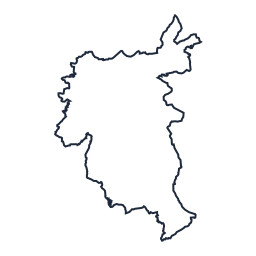 Lashio, Shan, Myanmar
{"feature_id": "60261553B9019752921327", "entity_name": "Lashio", "entity_type": "district", "adm_level": 2, "iso_a3": "MMR", "parent_name": "Myanmar", "parent_adm1": "Shan", "projection": "orthographic", "projection_center": [98.2, 22.767], "detail": "fine", "context": "isolated", "style": "outline", "palette": "slate", "viewbox_px": 256, "rotation_deg": 0, "n_neighbors": 0, "source": "geoboundaries", "source_scale": "gbopen_adm2", "svg_char_len": 5740}
<svg xmlns="http://www.w3.org/2000/svg" viewBox="0 0 256 256"><path d="M71.1,63.0L70.8,64.5L71.9,66.6L74.1,66.9L73.7,71.9L74.5,73.1L75.5,73.5L75.5,74.1L73.7,74.8L74.2,76.1L73.5,76.8L72.1,76.6L72.9,74.8L72.8,74.4L71.6,74.5L70.3,75.1L69.8,76.9L67.2,76.4L66.1,76.7L65.1,77.4L63.3,77.5L61.8,78.4L61.8,78.9L62.8,79.8L64.7,80.3L65.6,82.7L67.5,83.1L67.9,82.7L69.1,83.6L69.3,87.9L69.0,88.4L67.2,88.1L64.2,89.2L63.6,93.5L62.5,93.8L60.5,93.2L58.5,93.3L58.5,95.0L59.0,96.6L59.9,97.4L61.5,97.9L62.3,99.0L61.4,100.2L61.5,101.0L62.3,101.5L64.7,101.6L67.2,99.4L69.7,100.9L68.6,101.1L68.5,102.0L68.0,102.5L68.2,103.1L68.5,102.8L68.9,103.1L69.0,103.7L67.7,103.6L68.0,105.3L67.1,105.4L66.5,106.3L67.3,107.0L65.9,107.3L66.3,108.4L65.5,108.6L65.5,109.5L66.4,109.4L66.7,110.0L65.7,110.7L65.7,111.3L64.6,111.4L64.8,110.8L64.2,110.8L63.7,110.9L63.9,111.4L63.7,111.7L63.2,111.7L63.8,112.6L64.9,113.3L65.4,114.4L65.3,115.7L66.0,116.5L63.1,119.3L61.6,121.5L60.9,121.7L59.1,123.8L57.2,125.1L57.3,126.4L59.0,127.1L58.9,127.6L58.6,128.5L57.2,129.9L56.3,131.6L55.5,132.0L55.9,132.7L55.1,134.1L56.4,135.5L57.5,135.8L59.5,137.2L61.1,137.4L62.0,138.0L61.9,141.3L63.1,141.6L64.1,145.2L65.4,146.5L68.7,145.5L69.9,145.5L70.3,144.4L71.0,144.3L76.4,144.2L77.3,144.5L77.4,144.9L78.5,144.1L78.7,144.5L79.5,144.1L81.3,141.5L81.7,141.6L81.7,140.8L82.5,140.9L85.2,138.3L86.2,138.2L85.8,137.2L86.4,136.5L86.6,135.3L86.2,134.6L86.9,133.5L87.9,133.1L88.2,134.3L90.7,135.3L91.5,136.0L91.7,136.5L91.3,137.2L91.5,139.1L91.1,141.4L90.3,141.5L90.5,143.1L89.2,145.2L89.1,147.7L85.4,154.7L85.8,157.5L86.6,158.0L86.5,159.5L85.7,161.0L86.1,162.7L85.5,163.5L85.4,165.3L86.4,167.3L87.3,171.3L87.0,172.1L87.3,173.8L86.9,174.8L86.9,177.0L87.2,177.7L91.5,179.5L93.7,180.9L96.3,181.0L98.8,182.9L100.1,182.8L101.0,182.0L101.5,182.2L102.2,184.3L102.1,185.5L101.1,186.6L101.8,187.9L104.3,189.9L105.0,191.0L105.5,195.6L105.2,196.0L105.6,197.3L106.6,198.5L107.4,198.2L108.1,199.9L108.5,199.4L108.6,201.1L109.6,199.7L110.9,200.5L110.9,201.1L111.3,201.2L110.9,201.6L110.3,201.0L109.7,201.7L111.1,202.8L110.5,203.4L110.1,203.0L109.0,203.3L109.7,203.9L109.2,203.9L108.8,204.5L110.6,207.0L111.2,206.9L111.2,206.4L111.9,206.9L112.7,206.6L114.2,204.9L116.8,204.0L118.7,204.7L121.2,204.7L122.9,205.1L125.2,207.9L125.3,209.6L125.8,210.7L125.8,213.3L129.4,212.0L132.1,209.2L133.7,209.4L134.8,208.8L140.9,208.0L142.8,207.5L143.9,206.3L145.3,207.4L147.1,210.5L148.1,211.0L148.9,213.2L149.5,213.5L150.2,213.1L150.7,212.2L152.8,213.2L157.0,212.1L156.9,213.3L157.9,215.4L156.3,215.9L156.1,216.6L157.7,218.0L157.5,219.2L158.0,220.0L157.3,220.6L157.2,221.0L157.7,221.5L158.6,221.5L158.7,222.2L159.8,222.0L160.3,222.7L161.1,222.7L161.8,223.6L162.9,223.1L163.7,224.1L164.1,226.2L163.4,229.3L163.6,229.9L163.0,230.8L163.3,231.8L164.8,233.0L163.0,234.4L162.6,234.4L161.7,237.2L161.0,238.2L161.0,238.9L161.5,239.3L161.9,240.6L162.8,240.5L164.1,239.1L165.3,239.4L166.0,238.1L167.5,238.7L168.1,238.7L168.6,238.0L170.4,238.3L171.8,235.9L175.4,234.0L176.7,232.1L181.6,229.5L184.0,227.8L184.9,226.8L187.5,226.3L188.6,225.6L189.4,224.4L189.5,223.6L191.1,222.6L191.6,219.9L190.9,219.0L190.8,217.6L193.5,217.4L194.4,217.9L195.3,217.5L195.6,214.8L195.0,214.1L189.0,212.2L184.9,209.6L182.1,206.7L181.2,204.0L179.4,202.2L179.2,201.1L178.3,200.2L178.2,198.9L176.1,195.9L175.1,193.3L173.4,190.7L173.3,184.3L174.9,184.0L174.9,183.4L174.3,182.5L175.0,180.0L175.9,178.7L176.0,176.9L177.8,175.3L178.5,174.0L178.2,172.8L178.6,172.1L179.0,168.7L181.3,167.4L181.4,166.4L181.0,166.0L180.5,160.0L178.5,157.5L178.2,154.6L174.6,148.2L173.7,144.4L172.4,144.7L171.9,144.0L171.6,139.1L170.1,136.9L169.9,135.8L171.2,133.7L167.5,128.2L167.4,127.5L167.7,126.9L169.8,125.7L170.5,123.0L171.8,121.4L172.9,121.7L173.4,121.4L175.5,121.3L177.5,121.6L181.5,120.8L182.0,119.0L183.3,116.9L183.6,112.8L174.0,107.8L171.8,104.5L169.1,104.8L168.1,105.3L166.9,105.0L166.3,103.9L166.3,102.5L165.5,101.2L163.8,100.0L163.6,96.8L165.2,94.8L168.3,93.7L171.4,91.5L171.8,90.5L171.7,88.5L168.2,86.1L167.7,85.2L167.4,83.0L166.3,82.9L162.5,80.9L161.2,79.5L157.7,77.7L158.9,77.0L159.0,76.4L159.8,75.8L161.6,76.4L161.4,75.3L161.9,74.5L163.7,74.6L164.0,74.7L164.0,75.4L165.5,75.8L166.9,75.8L167.6,75.1L166.6,74.3L166.5,73.7L173.0,72.5L174.0,71.8L176.6,71.6L178.3,73.0L181.8,73.4L183.6,72.6L186.7,69.9L189.1,71.0L189.8,70.7L190.6,69.6L189.9,63.2L190.2,62.4L189.2,58.2L188.2,57.0L190.0,55.6L190.2,54.9L189.7,54.1L188.4,54.2L188.3,53.5L187.4,52.9L184.5,51.8L184.5,49.9L185.7,49.2L185.8,48.0L187.1,46.8L188.0,46.6L189.4,47.5L190.2,47.0L190.5,46.0L191.3,45.7L191.6,46.4L191.2,48.1L191.9,48.1L194.0,44.2L199.5,42.8L200.9,41.9L199.6,41.1L199.0,38.4L198.6,37.9L196.7,37.6L196.2,36.4L195.9,34.4L193.8,34.3L190.8,35.2L189.9,36.6L187.7,38.5L184.9,39.7L184.0,40.5L182.3,40.6L181.6,41.1L180.1,41.4L177.1,43.9L175.7,42.3L174.2,41.4L174.2,39.7L175.6,38.7L176.2,37.1L177.7,35.1L178.3,32.4L180.3,31.0L181.7,28.3L180.4,24.0L178.7,21.6L178.4,20.0L176.5,16.6L175.0,15.4L173.8,17.8L173.7,19.3L172.9,21.5L171.0,24.1L169.8,24.7L169.1,26.6L167.7,27.7L166.4,30.6L163.5,32.5L160.7,39.5L162.5,42.4L162.6,44.5L162.3,45.3L161.3,46.0L161.1,47.1L160.6,47.7L157.7,47.9L157.3,48.4L156.9,51.6L157.2,52.9L151.8,53.8L149.1,53.7L148.1,54.3L147.0,54.1L145.6,53.3L145.2,52.4L144.4,52.7L143.1,52.5L142.3,53.1L139.7,53.6L139.7,52.2L138.7,51.1L137.3,51.7L133.9,55.0L130.9,56.6L129.4,56.5L126.9,56.0L124.7,54.4L123.2,52.9L122.3,51.1L121.6,50.9L120.8,51.1L113.4,57.7L111.7,58.7L108.8,58.6L108.2,59.4L106.0,59.5L103.7,60.2L102.9,60.0L103.0,59.0L98.7,59.3L97.8,58.0L94.9,57.1L93.0,54.6L92.1,52.1L91.5,51.7L88.4,51.9L87.9,52.8L86.1,52.6L85.8,52.1L85.5,52.2L85.1,53.9L82.9,55.0L82.0,56.2L80.6,56.8L79.0,56.7L78.1,57.8L76.6,58.3L76.5,59.0L77.1,60.6L76.4,62.8L75.0,63.7L71.1,63.0Z" fill="none" stroke="#1e293b" stroke-width="2"/></svg>